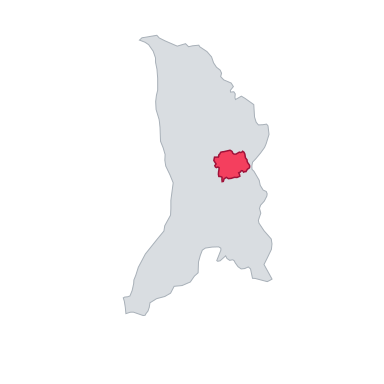 Orhei highlighted on a map of Moldova, rotated 23°
{"feature_id": "MDA-1643", "entity_name": "Orhei", "entity_type": "District", "adm_level": 1, "iso_a3": "MDA", "parent_name": "Moldova", "parent_adm1": "", "projection": "orthographic", "projection_center": [28.834, 47.401], "detail": "fine", "context": "in_parent", "style": "filled", "palette": "rose", "viewbox_px": 384, "rotation_deg": 23, "n_neighbors": 0, "source": "natural_earth", "source_scale": "10m", "svg_char_len": 2743}
<svg xmlns="http://www.w3.org/2000/svg" viewBox="0 0 384 384"><g transform="rotate(23 192 192)"><path d="M84.3,72.7L85.7,69.6L98.4,61.5L101.6,63.0L108.1,63.4L121.4,63.5L128.1,58.0L132.1,59.6L135.4,57.2L140.9,54.2L141.7,54.8L142.4,55.3L150.9,56.9L157.2,60.0L161.4,64.7L165.8,67.6L170.3,68.8L172.8,71.1L173.3,74.6L177.5,76.4L185.5,76.4L188.9,78.8L187.6,83.4L188.4,85.0L191.3,83.4L193.5,84.8L194.6,88.3L195.9,89.9L200.0,84.5L204.3,85.1L214.7,87.4L220.3,98.6L223.8,102.7L226.9,104.3L230.7,102.5L234.1,100.4L236.1,101.4L240.4,108.9L241.4,118.6L241.4,122.6L239.9,129.2L237.8,136.3L236.1,140.9L236.9,144.6L238.4,147.7L240.9,148.7L249.2,154.9L252.2,159.2L256.7,162.4L260.1,162.5L261.9,164.3L262.5,166.5L262.1,172.1L260.3,177.3L260.5,180.7L263.6,184.6L263.9,189.2L264.2,192.2L265.8,194.5L273.4,199.5L283.3,204.3L285.9,208.5L287.5,213.8L287.1,222.8L286.6,230.6L299.7,240.9L298.2,242.9L296.3,245.1L283.9,246.9L281.4,247.8L275.9,239.9L273.1,239.0L270.4,241.9L267.3,243.6L263.6,242.8L259.6,240.4L257.5,238.7L255.9,238.5L253.4,240.2L250.1,239.5L247.9,237.6L244.8,244.3L242.8,245.7L241.6,245.5L241.3,234.1L240.4,232.4L237.9,232.1L231.9,234.9L226.2,238.4L224.2,241.5L224.4,247.1L225.3,253.8L229.2,264.0L227.1,268.4L225.6,275.5L219.4,282.0L212.4,285.8L211.8,293.5L207.8,298.8L201.1,304.0L196.6,310.4L197.7,314.8L198.0,318.9L197.2,321.7L197.0,323.8L195.3,324.8L185.0,325.5L182.1,326.8L178.7,329.8L175.6,324.1L172.4,319.0L170.1,316.3L171.1,315.0L173.7,313.6L175.5,311.9L175.4,306.0L174.1,299.1L172.9,295.7L172.8,290.5L172.0,282.3L173.3,267.2L178.6,248.3L181.4,238.9L180.1,233.7L181.3,221.7L179.1,215.7L175.8,207.9L171.1,190.9L165.1,184.9L157.7,178.4L154.6,173.4L152.6,168.0L148.2,162.6L143.2,157.6L137.4,145.2L134.3,139.6L133.4,138.1L126.7,130.1L123.2,122.9L121.5,117.0L120.6,111.6L116.0,100.8L111.8,92.7L107.8,86.9L106.0,82.8L101.3,77.6L94.5,73.3L90.1,72.5L84.3,72.7Z" fill="#d9dde1" stroke="#a8b0b8" stroke-width="1"/><path d="M229.9,158.8L227.8,161.0L225.2,162.0L222.8,164.1L220.3,165.5L217.9,165.1L216.4,167.4L216.7,170.0L215.7,170.7L214.7,168.9L213.9,166.7L212.5,166.6L210.6,167.2L209.4,165.4L208.6,163.1L208.1,160.9L207.4,159.0L206.1,158.9L204.9,160.0L203.8,159.8L202.7,158.9L203.2,156.8L199.8,154.5L199.1,151.1L202.6,149.6L202.6,148.6L202.2,147.7L202.3,146.9L202.8,146.0L202.8,145.1L202.9,144.2L204.2,143.2L205.6,142.4L210.7,138.7L211.9,138.8L213.1,139.1L214.3,140.3L215.9,140.7L217.6,140.0L220.0,136.8L221.5,136.6L222.3,135.8L222.7,134.7L224.3,135.1L225.8,136.4L227.8,139.6L230.2,141.0L230.6,142.0L231.6,143.1L234.3,144.8L235.0,145.6L235.2,146.4L235.4,146.9L235.2,147.8L234.1,149.4L233.7,152.2L232.6,152.6L231.8,153.6L230.2,152.7L229.1,153.1L228.6,154.9L227.5,156.1L228.8,157.2L229.9,158.8Z" fill="#f43f5e" stroke="#9f1239" stroke-width="1.5"/></g></svg>